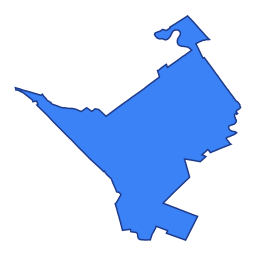 Dumbraveni, Suceava, Romania
{"feature_id": "2599482B38989463246300", "entity_name": "Dumbraveni", "entity_type": "district", "adm_level": 2, "iso_a3": "ROU", "parent_name": "Romania", "parent_adm1": "Suceava", "projection": "robinson", "projection_center": [26.435, 47.672], "detail": "fine", "context": "isolated", "style": "filled", "palette": "blue", "viewbox_px": 256, "rotation_deg": 0, "n_neighbors": 0, "source": "geoboundaries", "source_scale": "gbopen_adm2", "svg_char_len": 5777}
<svg xmlns="http://www.w3.org/2000/svg" viewBox="0 0 256 256"><path d="M187.6,15.9L183.0,18.9L177.4,22.4L176.6,23.0L169.9,27.1L170.1,27.5L170.3,27.7L170.2,27.9L169.3,28.5L167.8,29.5L166.3,30.5L166.0,30.5L165.7,30.5L165.3,30.2L165.2,30.1L164.3,29.9L163.3,29.6L162.5,29.4L162.3,29.6L161.3,30.4L160.3,31.0L159.0,31.5L156.7,32.3L155.4,32.9L154.7,33.7L154.5,34.3L155.2,35.9L157.4,38.2L159.3,38.8L160.4,38.9L161.4,38.7L162.3,38.7L163.3,39.1L165.0,39.8L166.3,39.7L167.7,39.1L168.9,38.0L170.4,36.1L171.9,33.0L173.0,31.2L174.1,30.4L175.5,30.0L177.1,29.9L178.2,30.2L179.0,30.7L179.7,31.4L180.3,32.6L180.4,33.6L180.2,34.8L179.5,36.1L177.6,39.1L177.3,41.1L177.4,42.7L177.8,43.9L179.2,45.4L181.4,46.2L184.4,46.5L187.6,47.0L188.9,47.8L190.4,49.0L191.7,50.1L190.6,51.0L187.3,53.4L184.7,55.3L182.4,56.7L178.9,59.4L175.4,61.9L169.3,66.1L167.6,67.4L167.3,67.0L166.9,66.0L166.6,64.8L166.3,64.3L160.5,68.5L158.9,70.2L158.4,70.4L157.9,70.4L157.5,70.5L159.5,76.8L158.2,78.0L150.7,83.5L146.1,87.0L143.6,89.1L134.5,95.5L130.9,98.0L129.3,99.3L120.0,105.9L106.1,116.3L98.7,109.5L95.1,108.8L91.9,111.4L91.4,111.0L90.5,110.5L89.9,110.1L89.6,109.7L87.7,108.5L86.7,107.8L86.4,107.9L81.3,111.5L80.9,111.4L80.4,111.1L79.7,110.9L79.2,110.7L78.1,110.3L77.6,110.0L76.5,109.5L75.5,109.2L74.7,109.0L72.4,108.5L71.9,108.5L71.0,108.3L70.8,108.4L70.5,108.5L70.1,108.5L69.0,108.4L65.3,107.9L63.7,107.8L62.0,107.6L61.2,107.4L60.5,107.2L57.8,106.1L52.9,104.4L52.1,104.0L51.3,103.6L51.1,103.3L51.0,103.1L51.0,102.8L51.0,102.5L50.8,102.4L50.5,102.3L50.1,102.2L49.8,102.1L49.6,102.0L49.2,101.4L48.9,101.2L48.2,101.0L47.9,100.9L47.3,100.5L46.9,99.9L46.6,99.6L46.0,98.6L44.6,97.1L44.0,96.7L43.1,95.3L42.4,94.2L42.0,94.4L41.6,94.7L41.4,94.9L41.1,95.3L28.2,91.5L25.1,90.7L21.4,89.6L20.7,89.2L17.4,88.3L15.4,87.7L15.7,89.0L16.0,90.1L17.3,89.9L21.4,91.9L21.3,91.5L23.8,93.2L28.5,96.9L32.4,100.0L33.0,101.8L36.6,100.9L37.2,102.6L37.9,104.4L36.8,105.0L37.9,106.0L38.0,106.5L38.6,106.8L41.4,109.6L47.1,115.1L50.1,118.3L53.3,121.8L56.6,125.1L69.2,137.8L70.2,138.7L70.6,139.0L75.7,144.3L80.1,148.9L85.1,153.8L89.0,157.8L89.4,158.3L102.4,170.3L103.6,171.6L104.6,171.2L104.8,171.7L105.1,172.4L105.7,173.3L106.5,174.1L107.1,174.9L111.0,178.5L111.3,178.9L111.5,179.2L112.0,180.7L113.0,183.2L113.8,185.0L114.2,186.0L114.6,186.7L114.8,187.1L115.0,187.7L115.1,187.9L115.6,189.1L116.3,190.8L116.4,191.4L116.6,191.7L116.8,191.9L117.0,192.0L117.6,192.1L118.8,192.3L119.0,192.4L119.4,192.7L120.9,194.4L120.5,195.6L119.4,197.3L117.8,200.3L117.1,201.4L116.4,202.5L115.8,203.3L115.5,203.8L115.4,203.9L115.2,204.0L115.4,204.2L116.1,206.7L116.4,207.4L116.7,208.6L118.0,213.7L118.5,215.2L119.3,217.8L119.4,218.5L120.0,220.7L120.2,221.2L121.0,224.6L121.2,225.2L121.3,225.6L122.1,228.7L122.4,229.9L122.5,230.3L130.3,229.3L130.9,231.7L136.4,232.5L136.8,232.9L137.2,233.4L137.6,234.5L137.7,235.4L137.7,236.5L138.3,237.9L138.6,238.7L139.6,239.3L140.2,239.6L141.0,239.7L143.2,239.8L144.2,239.9L145.3,240.0L146.9,239.9L149.4,239.8L150.1,239.9L150.3,239.9L151.6,235.8L152.0,234.7L152.1,234.2L152.5,233.6L153.9,231.2L155.0,229.2L155.4,228.5L155.5,228.1L156.1,226.3L158.1,227.0L165.2,229.7L167.7,230.6L166.4,233.2L173.0,235.6L176.7,236.9L185.6,240.1L191.8,227.9L197.6,216.4L196.8,216.1L195.8,215.8L195.2,215.6L193.2,214.8L192.1,214.5L190.9,213.9L190.6,213.7L189.5,213.4L187.1,212.5L184.6,211.5L183.9,211.2L181.2,210.2L179.1,209.4L178.1,209.0L177.8,208.8L177.0,208.5L175.8,208.0L175.3,207.9L171.9,206.6L170.9,206.2L169.3,205.6L167.0,204.6L166.6,204.5L165.8,204.3L164.9,203.9L163.1,203.3L163.1,203.2L167.3,198.9L169.0,197.2L173.9,192.3L177.2,189.1L178.4,188.0L179.4,187.1L180.1,186.3L182.4,184.1L184.9,181.7L185.8,180.8L189.2,177.6L189.6,177.2L188.5,173.2L187.7,170.4L187.5,169.6L185.7,163.2L184.8,160.4L184.5,159.0L184.8,159.0L190.4,159.9L198.3,161.3L200.2,161.7L205.9,156.6L203.9,155.6L201.9,154.9L206.1,151.1L207.8,149.5L208.0,149.7L208.4,150.2L209.0,150.8L209.3,151.0L209.7,151.7L210.3,152.6L217.2,149.8L218.4,149.2L230.9,144.2L230.4,143.9L230.2,143.7L229.7,143.3L229.2,142.5L228.6,141.6L228.1,141.0L227.2,140.0L226.9,139.6L226.6,139.1L226.3,138.5L226.2,138.3L226.2,138.1L226.4,137.9L226.7,137.6L227.3,137.3L227.9,137.0L229.3,136.6L232.5,135.2L233.2,134.9L233.4,134.8L234.6,134.3L235.0,134.0L235.7,133.3L236.3,133.1L236.5,133.0L236.6,132.5L234.8,131.7L231.7,131.1L229.9,130.0L228.9,128.7L228.6,127.4L228.8,126.3L230.1,125.4L232.3,124.8L233.9,124.2L235.0,123.5L236.1,122.0L236.4,121.0L236.2,120.0L235.4,118.9L235.4,118.1L234.5,116.3L234.6,114.4L235.6,113.5L236.7,114.3L237.6,113.4L236.5,112.5L236.1,111.8L237.2,110.2L239.5,108.7L240.6,107.4L240.5,107.2L240.3,106.9L239.9,106.0L239.9,105.7L239.8,105.1L239.8,104.8L239.8,104.7L239.7,104.6L239.6,104.4L239.3,104.0L239.0,103.6L238.1,102.5L237.8,102.1L237.5,101.8L235.9,100.9L234.8,99.2L234.0,98.2L233.8,97.9L233.3,97.3L233.3,97.2L233.1,96.9L232.8,96.5L232.7,96.4L232.5,96.1L231.9,95.3L229.7,92.5L228.4,90.4L228.0,89.8L227.7,89.6L227.5,89.3L227.1,88.9L226.7,88.5L226.6,88.4L225.9,87.2L225.8,86.9L225.3,86.4L225.0,86.1L224.6,85.6L223.8,84.4L220.5,79.9L218.9,77.6L218.5,77.0L217.9,76.1L217.6,75.6L216.9,74.8L215.7,73.3L214.0,70.8L212.7,69.1L212.5,68.7L211.0,66.7L210.0,65.4L209.3,64.4L208.8,63.8L208.6,63.6L208.1,62.8L206.0,59.9L204.9,58.5L204.6,58.2L204.3,57.6L203.5,58.0L203.3,58.1L203.0,58.1L202.7,57.7L202.5,57.2L201.5,55.3L201.5,55.2L200.8,53.8L200.0,52.1L197.9,47.7L196.8,45.6L196.4,44.8L195.8,43.8L196.1,43.6L196.3,43.5L196.6,43.4L196.8,43.3L197.8,42.6L198.2,42.4L199.8,41.6L201.0,41.3L201.4,41.1L202.6,40.3L202.8,40.3L203.1,40.2L203.8,40.3L204.0,40.3L205.1,40.0L206.0,39.7L206.4,39.6L206.8,39.5L207.2,39.6L207.9,39.7L208.6,39.6L209.4,39.5L208.6,38.8L206.0,36.1L203.9,33.7L202.7,32.4L199.8,29.3L196.2,25.1L193.8,22.4L189.2,17.6L188.4,16.8L187.6,15.9Z" fill="#3b82f6" stroke="#1e3a8a" stroke-width="1.5"/></svg>